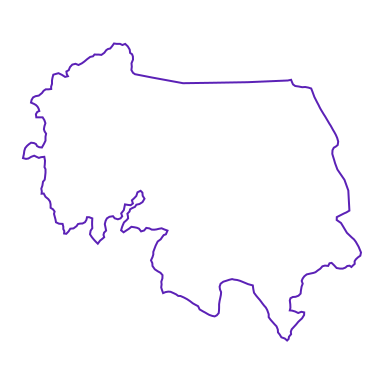 Joinville, Santa Catarina, Brazil (orthographic projection)
{"feature_id": "56859067B35489992852135", "entity_name": "Joinville", "entity_type": "district", "adm_level": 2, "iso_a3": "BRA", "parent_name": "Brazil", "parent_adm1": "Santa Catarina", "projection": "orthographic", "projection_center": [-48.986, -26.263], "detail": "fine", "context": "isolated", "style": "outline", "palette": "violet", "viewbox_px": 384, "rotation_deg": 0, "n_neighbors": 0, "source": "geoboundaries", "source_scale": "gbopen_adm2", "svg_char_len": 4873}
<svg xmlns="http://www.w3.org/2000/svg" viewBox="0 0 384 384"><path d="M349.4,210.6L348.3,190.5L344.5,179.9L337.4,169.5L335.1,163.3L334.1,159.8L333.1,156.6L332.3,153.9L332.5,150.2L333.8,147.7L335.9,146.5L337.7,145.0L338.2,141.6L337.2,138.0L335.9,135.0L334.5,132.4L332.9,129.7L330.7,125.7L329.4,123.7L325.1,116.4L323.8,114.4L320.9,109.6L319.8,107.6L318.5,104.9L317.1,102.3L314.4,97.0L312.3,91.3L311.2,88.5L308.4,87.6L305.2,87.0L302.2,87.2L298.7,86.5L295.2,86.0L293.0,84.4L291.9,81.9L291.1,79.8L287.8,80.5L247.6,82.2L211.0,82.8L183.0,83.2L151.9,77.5L135.0,74.2L133.0,72.8L131.4,70.0L131.8,66.7L131.5,63.3L133.0,59.6L132.9,56.5L132.1,54.3L130.1,52.9L129.7,49.6L127.8,46.4L125.2,43.9L122.4,45.0L120.1,43.9L116.9,43.9L114.0,43.5L112.1,46.2L110.2,48.5L108.0,49.0L106.3,50.1L104.3,52.8L101.4,54.9L98.8,54.6L96.6,54.6L94.5,54.5L93.0,56.3L90.2,56.9L87.1,59.2L84.4,61.5L81.9,63.3L78.5,65.0L75.5,63.8L72.3,64.6L70.0,67.1L68.7,70.2L66.4,71.5L66.8,74.2L67.9,76.2L65.1,76.9L62.0,74.9L58.5,73.2L55.6,74.0L53.3,74.7L52.5,77.7L52.0,80.4L52.0,83.9L51.1,86.7L51.2,89.0L48.8,89.3L45.8,89.3L43.6,90.8L42.0,93.0L38.8,95.6L35.5,96.2L33.1,97.4L31.6,99.9L31.0,102.6L34.0,103.9L35.9,105.0L37.5,106.6L38.6,108.6L39.3,111.0L37.3,111.9L35.9,114.2L36.3,117.3L39.1,117.3L42.6,117.3L44.4,120.2L45.4,123.2L44.4,126.3L43.9,129.2L44.6,131.4L46.1,133.7L45.5,136.7L45.5,140.7L44.0,143.8L41.9,147.5L39.2,147.2L37.1,146.1L36.0,144.1L34.1,143.1L31.1,142.7L28.8,144.3L27.0,145.9L25.2,148.1L24.3,150.9L23.9,154.0L23.0,158.1L26.0,158.9L28.4,158.5L31.2,156.8L34.2,155.7L36.9,157.0L38.9,157.9L40.9,157.2L44.3,156.8L45.0,160.7L44.8,164.4L44.5,167.1L45.5,169.2L45.5,172.8L45.1,176.6L44.7,179.7L43.0,181.7L42.4,185.6L41.3,188.7L41.8,191.3L41.6,193.7L43.7,193.5L45.5,196.8L48.3,199.1L50.0,201.5L50.6,204.4L50.6,207.8L53.0,209.3L54.6,211.5L54.0,213.9L54.7,216.5L55.5,219.5L56.0,222.3L59.0,223.7L62.6,223.9L63.3,226.7L63.3,229.1L64.3,231.1L64.1,233.5L66.3,233.8L68.6,231.4L70.3,228.7L73.5,228.4L76.6,226.1L77.9,224.1L79.9,223.6L82.5,223.5L85.0,222.2L86.4,219.9L87.0,217.2L89.1,217.2L92.3,218.4L92.1,222.0L92.1,224.9L92.3,228.2L90.6,230.7L90.0,234.3L91.9,237.2L93.7,239.4L95.5,241.4L97.8,243.7L100.1,240.6L102.6,238.6L104.2,237.2L103.5,234.9L104.1,232.6L106.1,230.6L105.5,227.5L104.8,224.1L105.6,220.9L106.9,218.4L109.4,216.8L113.0,216.2L114.7,218.3L117.9,219.3L120.5,218.4L122.2,216.3L121.2,213.4L123.8,210.1L124.4,207.3L125.0,204.4L127.9,204.9L130.7,205.2L132.9,203.5L131.9,200.3L134.0,198.4L136.3,196.0L137.5,192.3L140.6,190.8L142.4,192.6L142.7,195.8L144.5,198.7L142.5,202.1L139.5,204.0L136.4,204.7L134.9,206.9L132.2,208.1L130.1,209.3L129.5,211.5L127.4,213.7L127.9,216.1L128.1,218.4L126.6,220.1L124.0,222.4L122.8,225.1L122.0,227.2L121.1,230.3L123.6,232.3L126.4,230.4L128.9,228.8L131.4,226.8L134.6,227.3L137.0,227.8L139.0,228.7L141.1,231.4L144.1,230.5L146.3,227.9L149.4,228.4L151.7,229.6L154.2,229.7L156.5,229.4L158.9,228.8L161.6,228.3L164.2,229.4L167.5,230.6L165.9,234.3L163.7,235.1L162.4,236.8L160.7,239.3L157.7,241.5L155.7,245.5L154.3,249.2L153.3,251.9L153.3,254.5L152.5,257.1L151.0,260.3L152.3,263.1L152.5,266.0L154.8,269.3L157.8,271.3L160.5,272.8L162.5,275.1L162.4,278.4L161.3,281.7L161.6,284.4L161.2,287.4L161.9,289.8L163.1,293.1L165.5,292.1L168.3,291.6L170.6,291.8L173.5,293.1L176.2,294.4L178.2,295.9L180.5,296.0L183.9,297.5L187.1,299.2L190.1,301.2L192.8,303.3L195.1,304.6L198.1,306.2L199.6,309.4L203.2,311.5L205.1,312.5L207.3,313.8L209.3,314.9L212.2,315.9L214.7,316.4L216.8,315.3L218.7,313.1L219.0,310.4L219.1,307.6L219.1,304.2L219.6,300.9L220.2,298.2L220.9,294.8L221.1,292.1L220.0,289.5L219.6,286.7L220.6,283.7L223.3,281.7L226.5,280.7L229.2,279.8L232.1,279.1L234.1,279.6L237.2,280.0L240.0,280.8L242.0,281.6L244.9,282.8L248.0,284.1L250.5,284.8L252.8,285.4L253.3,289.1L254.0,292.7L256.2,295.7L257.7,297.5L259.7,299.8L261.0,301.5L262.3,303.3L264.1,305.6L265.8,307.5L267.2,310.0L268.7,314.2L268.7,317.2L270.7,319.9L273.0,322.5L274.5,324.2L276.5,326.3L277.8,329.5L278.0,332.4L279.6,334.4L281.4,337.3L284.8,338.5L287.1,340.5L288.6,339.0L289.0,336.7L291.1,334.2L290.8,331.7L291.7,329.3L293.8,327.0L296.1,324.5L298.3,321.8L300.0,320.2L302.0,318.4L304.1,315.0L304.2,312.4L301.4,311.8L298.2,313.0L295.1,311.5L292.0,310.6L289.8,310.4L290.4,307.9L290.3,304.5L289.8,300.4L290.5,298.2L292.8,297.0L295.6,296.8L298.5,295.7L300.6,293.6L300.9,290.6L301.6,286.6L302.7,283.7L301.7,280.9L302.7,278.5L304.3,276.3L306.7,274.4L310.2,273.6L313.5,272.9L315.5,272.2L317.8,270.4L320.3,268.7L322.4,266.3L324.9,265.6L328.2,265.9L329.5,263.3L331.6,262.9L334.1,265.3L336.6,268.0L340.0,268.6L342.8,268.6L345.4,267.6L347.3,266.0L349.6,265.7L351.4,267.0L352.9,265.5L354.7,263.9L354.6,261.3L355.8,259.4L357.9,257.4L360.3,255.7L361.0,252.5L358.6,246.7L355.8,241.8L354.0,239.4L351.7,237.4L346.9,232.8L342.9,226.1L341.0,223.0L339.0,221.6L336.7,220.0L336.8,217.1L343.9,213.5L346.4,212.4L349.4,210.6Z" fill="none" stroke="#5b21b6" stroke-width="2"/></svg>